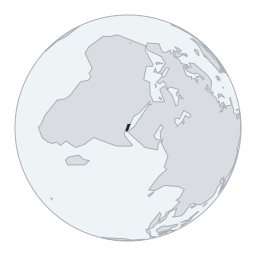 globe centered on Debubawi Keyih Bahri, rotated 66°
{"feature_id": "ERI-1565", "entity_name": "Debubawi Keyih Bahri", "entity_type": "Region", "adm_level": 1, "iso_a3": "ERI", "parent_name": "Eritrea", "parent_adm1": "", "projection": "orthographic", "projection_center": [41.929, 13.658], "detail": "medium", "context": "on_globe", "style": "filled", "palette": "slate", "viewbox_px": 256, "rotation_deg": 66, "n_neighbors": 0, "source": "natural_earth", "source_scale": "10m", "svg_char_len": 9393}
<svg xmlns="http://www.w3.org/2000/svg" viewBox="0 0 256 256"><g transform="rotate(66 128 128)"><circle cx="128" cy="128" r="113" fill="#eef3f6" stroke="#a8b0b8"/><path d="M103.6,18.0L103.4,18.1L101.6,18.5L103.6,18.0ZM95.8,20.1L97.2,19.7L93.7,20.8L91.4,21.5L91.8,21.3L95.8,20.1ZM81.8,25.3L81.1,25.6L77.3,27.5L73.9,29.3L72.1,30.3L74.6,29.1L67.4,33.4L61.2,38.1L59.5,39.4L57.5,40.3L59.1,38.9L66.3,33.7L73.9,29.2L81.8,25.3ZM52.0,44.9L51.7,45.1L53.0,44.0L51.3,45.6L50.7,46.1L52.0,44.9ZM15.4,130.8L16.6,137.2L18.7,144.3L19.6,151.0L19.7,157.0L24.3,172.0L24.5,172.5L21.4,164.5L19.0,156.3L17.1,147.9L15.9,139.4L15.4,130.8ZM108.3,17.1L107.5,17.3L106.8,17.4L105.5,17.6L108.3,17.1ZM105.9,17.6L106.8,17.4L104.9,17.9L103.9,18.0L105.9,17.6ZM98.7,19.7L99.7,19.3L101.4,18.9L98.7,19.7ZM107.2,17.4L107.9,17.3L108.7,17.1L108.9,17.2L107.2,17.4ZM115.5,16.1L115.2,16.1L116.8,15.9L118.0,15.8L117.9,15.8L114.3,16.2L115.8,16.1L115.7,16.1L112.9,16.4L115.2,16.1L115.5,16.1ZM111.5,16.8L106.9,17.6L104.7,18.3L103.1,18.7L106.9,17.5L111.5,16.8ZM112.5,16.5L111.5,16.8L110.0,16.9L109.8,16.9L112.5,16.5ZM119.0,15.8L120.2,15.6L120.9,15.6L119.0,15.8ZM111.1,17.0L112.2,16.8L111.1,17.0L111.1,17.0ZM116.9,16.1L117.2,16.0L118.1,15.9L116.9,16.1ZM114.2,16.6L112.7,16.8L114.2,16.6ZM115.7,16.3L116.7,16.3L113.3,16.6L115.7,16.3L115.7,16.3ZM117.7,16.0L118.2,16.0L117.4,16.1L117.7,16.0ZM115.8,17.0L111.5,17.4L111.1,17.2L115.3,16.7L115.8,17.0ZM175.6,25.9L176.9,26.5L180.5,28.4L181.1,28.7L185.0,31.7L192.9,37.8L193.3,37.1L196.0,38.8L205.3,46.8L214.3,59.6L218.1,63.4L220.1,66.2L220.5,68.3L217.7,64.2L215.9,63.1L214.3,60.7L214.1,63.2L211.7,59.9L212.7,63.8L215.1,66.2L216.2,64.9L218.1,70.2L222.4,74.4L225.7,80.4L227.8,92.4L225.8,97.0L226.3,99.1L224.0,97.3L223.2,102.0L229.2,112.5L229.7,115.9L227.4,123.5L227.0,121.0L221.1,116.3L221.6,124.6L226.1,130.3L227.7,137.9L224.9,136.2L223.1,129.6L221.0,127.7L220.4,120.5L216.5,110.6L213.6,113.4L212.8,109.2L207.0,101.6L202.2,105.4L195.3,118.1L196.1,129.0L193.0,134.2L184.7,119.6L181.6,109.4L178.3,110.8L170.1,102.9L155.1,103.6L153.2,101.0L150.3,102.4L144.6,100.0L141.9,95.8L138.3,96.2L145.6,107.4L149.5,107.0L153.1,102.4L154.4,106.5L160.0,109.9L152.8,120.3L131.0,130.0L129.4,121.9L115.4,99.8L116.1,97.4L116.0,97.1L115.9,96.6L114.1,100.5L111.9,96.3L118.8,111.6L119.7,118.2L130.7,130.5L129.5,131.8L133.2,134.3L145.6,130.9L145.5,133.6L139.4,146.3L122.7,163.4L125.2,174.6L124.5,183.9L114.8,189.9L116.4,196.9L111.5,199.2L111.7,203.0L108.2,206.9L102.0,210.3L90.7,209.6L89.5,206.2L82.9,199.0L73.6,181.4L75.8,173.7L74.5,167.4L66.4,152.4L68.2,144.6L66.2,141.0L61.9,141.3L59.7,137.0L57.2,136.5L42.1,136.8L37.9,130.6L34.1,113.2L37.1,107.3L38.5,99.9L60.2,78.5L63.9,80.6L80.0,79.4L81.8,80.5L79.0,86.0L90.2,94.0L95.0,89.6L106.2,94.1L114.3,94.3L118.9,83.9L105.7,83.3L104.4,78.2L115.8,74.3L127.4,75.3L127.3,73.4L120.7,68.9L124.3,65.6L118.6,67.2L120.3,69.1L116.7,70.3L115.0,68.6L116.3,67.4L113.0,66.4L107.6,72.9L108.7,75.6L99.6,76.4L100.6,81.2L97.8,83.2L95.1,76.0L96.0,73.5L90.1,65.9L88.4,68.5L93.7,76.0L91.7,75.3L89.3,79.5L89.5,75.8L84.1,67.4L76.4,68.4L65.2,78.0L61.0,78.3L58.1,75.8L63.7,65.5L72.4,65.9L74.5,62.7L74.0,57.9L76.7,58.6L77.6,56.8L81.0,56.9L87.1,53.2L90.7,53.1L94.3,48.1L96.7,47.6L93.9,50.6L93.9,52.8L103.2,53.3L105.3,52.3L106.9,49.2L109.3,50.0L109.6,46.9L115.5,46.1L108.6,44.7L110.3,41.6L114.5,39.4L113.8,38.3L107.0,41.8L105.3,43.5L105.9,45.3L100.4,50.5L97.0,51.2L98.0,45.2L93.3,45.8L96.2,41.4L113.0,33.7L119.4,32.7L127.3,37.1L125.2,38.8L121.2,37.9L123.7,41.4L124.1,39.8L126.0,40.6L128.1,38.3L129.6,38.7L129.1,35.8L131.1,36.2L131.4,38.0L136.3,35.3L140.9,35.7L141.3,34.9L140.4,33.9L146.8,35.3L146.8,34.7L144.7,34.0L143.3,32.3L143.4,30.2L145.6,30.7L145.9,31.6L149.8,34.5L150.2,37.1L151.1,37.1L151.3,35.1L146.6,31.5L146.0,30.0L148.6,31.5L147.6,30.8L148.0,30.3L150.5,30.5L147.8,28.8L149.3,23.7L154.2,23.9L156.4,25.5L159.7,23.7L165.1,24.7L163.1,24.0L163.4,23.0L161.8,22.6L160.8,22.2L160.9,20.6L162.6,21.0L160.4,20.1L159.4,19.8L158.0,19.4L157.1,19.2L166.5,22.2L175.6,25.9ZM51.8,90.0L50.9,92.1L51.8,90.0ZM139.3,82.2L146.6,82.5L144.2,76.1L146.9,75.8L145.1,73.9L144.0,75.7L139.8,70.4L143.3,68.6L142.8,66.0L140.4,65.8L134.6,70.0L140.7,77.3L138.6,80.0L139.3,82.2ZM53.1,43.9L52.7,44.3L52.4,44.5L53.1,43.9ZM53.8,44.2L51.0,46.8L52.7,45.1L51.6,45.8L54.0,43.3L58.7,39.9L56.2,41.8L53.8,44.2ZM58.4,39.5L56.4,41.1L58.4,39.5L58.4,39.5ZM79.0,48.1L79.8,49.2L77.8,51.1L73.2,52.1L76.0,49.3L79.0,48.1ZM81.3,50.5L83.6,44.9L86.6,44.3L84.5,45.5L86.3,45.7L83.4,47.8L83.9,53.2L82.3,55.2L74.6,55.4L78.0,54.1L77.1,52.9L81.3,50.5ZM84.4,34.4L85.4,32.7L90.5,33.5L88.9,35.0L84.2,35.9L83.3,34.6L84.4,34.4ZM89.6,22.3L89.6,22.2L90.5,21.9L91.1,21.7L89.6,22.3ZM99.0,19.6L90.1,22.6L89.8,22.6L85.0,24.9L82.2,25.7L85.4,24.2L79.7,26.7L81.4,25.7L77.6,27.5L85.0,23.9L86.3,23.4L85.9,23.6L88.4,22.8L89.9,22.2L95.2,20.4L99.3,19.1L102.5,18.3L103.7,18.2L103.2,18.3L101.3,18.7L101.9,18.7L98.8,19.4L99.0,19.6ZM115.3,21.0L113.3,20.6L114.2,22.2L111.0,22.3L111.3,22.5L108.7,23.1L105.9,24.3L104.7,24.2L104.2,24.8L102.4,25.3L101.3,26.1L98.6,26.3L97.0,27.3L96.6,26.9L94.6,28.6L94.9,27.5L92.6,28.3L93.5,29.0L81.7,30.0L76.5,31.9L72.0,34.2L73.1,32.4L78.1,29.2L84.6,26.0L89.4,24.7L89.0,24.3L91.2,23.7L90.6,24.3L92.9,23.0L94.5,22.6L100.3,20.8L102.6,19.5L104.7,19.0L104.7,19.3L106.9,18.6L108.2,18.9L109.8,18.6L112.7,18.8L111.7,19.9L113.6,19.5L115.9,19.9L115.3,21.0ZM116.5,17.1L115.9,18.0L114.0,18.6L109.7,18.1L108.1,18.3L105.3,18.3L108.2,17.5L108.8,17.5L110.0,17.4L108.6,17.7L110.6,17.4L111.4,17.5L113.1,17.3L112.5,17.6L116.5,17.1ZM84.6,78.7L86.1,79.0L88.6,79.0L87.2,81.8L84.6,78.7ZM80.7,73.0L82.2,72.7L81.4,76.3L79.8,76.1L80.7,73.0ZM83.7,69.7L82.3,72.4L82.1,70.8L83.7,69.7ZM95.4,50.3L97.0,50.0L96.9,50.8L95.7,51.9L95.4,50.3ZM117.2,26.9L116.4,26.3L117.0,26.1L117.4,24.4L119.8,24.4L120.5,25.3L117.2,26.9ZM116.3,85.6L113.6,87.5L112.5,86.5L113.7,86.0L116.3,85.6ZM99.4,84.6L102.9,86.2L99.0,85.4L99.4,84.6ZM119.9,26.6L119.7,25.9L121.0,26.3L119.9,26.6ZM121.5,24.3L123.1,24.6L120.1,24.2L121.5,24.3ZM161.8,225.8L162.6,226.6L160.8,226.9L161.8,225.8ZM144.2,182.1L137.2,198.2L131.8,198.3L130.4,193.7L132.7,184.1L139.0,181.2L141.9,176.6L144.2,182.1ZM236.2,152.1L236.8,152.0L236.7,152.5L236.2,152.1ZM235.7,150.8L236.6,150.4L235.4,152.1L235.7,150.8ZM236.9,150.2L237.7,148.6L238.1,147.5L237.9,148.7L236.9,150.2ZM235.0,151.3L230.2,153.4L228.0,152.9L228.8,150.8L232.4,149.9L235.0,151.3ZM228.6,150.8L224.9,146.8L218.0,133.3L220.5,133.0L227.4,140.3L227.0,142.0L229.2,145.4L228.6,150.8ZM236.6,137.9L236.1,142.9L233.7,143.7L232.5,143.4L231.7,137.6L232.2,134.2L233.3,133.9L236.1,121.5L237.4,123.5L236.8,128.5L237.8,132.2L236.6,137.9ZM196.7,129.9L199.5,136.0L197.6,137.3L196.7,129.9ZM236.2,113.5L235.8,118.8L235.8,112.0L236.2,113.5ZM235.6,107.4L236.2,109.7L235.3,107.7L235.6,107.4ZM227.2,102.2L226.1,103.2L225.6,101.6L226.7,99.4L227.2,102.2ZM228.2,85.6L230.0,90.2L230.5,91.8L229.1,89.3L228.2,85.6ZM139.9,27.4L136.7,29.5L136.0,31.5L138.0,33.1L133.8,32.0L134.9,28.9L139.9,27.4ZM147.9,24.0L146.1,22.9L147.7,23.0L148.4,23.3L147.9,24.0ZM146.2,23.6L142.3,23.0L141.9,22.2L145.0,22.8L146.2,23.6ZM131.0,24.2L129.9,24.8L128.9,24.4L131.0,24.2ZM220.0,192.9L217.5,196.1L217.1,195.9L219.6,192.6L223.9,183.8L224.2,183.7L226.9,177.5L232.1,169.7L236.5,157.7L234.4,165.0L231.6,172.3L228.2,179.5L224.4,186.3L220.0,192.9ZM237.6,151.3L238.8,146.8L239.1,146.1L237.6,151.3ZM240.6,130.8L240.6,130.4L240.6,129.8L240.6,130.8ZM240.1,136.3L240.0,137.6L239.9,136.8L240.1,136.3ZM240.3,135.2L240.4,135.9L240.2,136.3L240.3,135.2ZM238.3,133.0L238.5,135.8L239.4,133.1L238.7,136.4L239.0,141.0L238.6,143.0L238.5,138.1L237.9,143.8L237.5,144.0L237.5,139.4L238.1,133.3L238.5,130.6L239.8,128.4L238.3,133.0ZM240.4,131.5L240.3,128.2L240.3,125.7L240.4,127.3L240.4,131.5ZM239.4,120.4L238.4,116.9L238.1,118.9L238.3,112.4L239.3,116.8L239.4,120.4ZM237.8,112.1L237.5,113.9L237.4,110.2L237.8,112.1ZM237.1,112.7L236.5,110.0L237.0,110.0L237.1,112.7ZM238.0,112.0L237.2,107.3L237.9,109.8L238.0,112.0ZM234.9,104.1L236.9,107.8L235.2,106.8L232.8,98.2L233.3,97.6L234.9,104.1ZM222.8,68.4L221.3,66.3L221.1,65.5L222.2,67.2L222.8,68.4ZM219.1,61.9L220.6,64.6L221.5,67.3L222.3,68.1L224.5,72.1L222.1,68.9L219.8,64.3L219.5,63.0L217.3,59.9L215.7,57.6L212.7,54.0L211.4,52.4L214.0,55.3L219.1,61.9ZM208.3,49.0L210.1,50.9L209.6,50.5L211.4,52.6L205.7,46.6L206.3,47.0L207.0,47.7L208.3,49.0ZM204.5,45.4L203.9,45.0L194.3,37.5L192.5,36.2L200.1,41.6L202.3,43.5L204.5,45.4ZM159.9,22.1L158.8,21.6L159.9,21.7L159.9,22.1ZM156.3,20.3L155.9,20.5L155.4,20.0L156.3,20.3ZM155.2,21.2L155.3,20.5L156.5,21.6L155.2,21.2Z" fill="#d9dde1" stroke="#a8b0b8" stroke-width="1"/><path d="M130.3,129.8L129.9,130.0L129.7,130.2L129.7,130.4L129.5,130.5L129.4,130.5L129.1,130.3L129.0,130.2L128.9,130.3L128.8,130.2L128.6,130.0L128.5,129.8L128.4,129.7L128.2,129.6L127.9,129.4L127.8,129.1L127.7,129.0L127.6,128.8L127.2,128.5L126.6,128.1L126.3,127.6L125.9,127.1L125.7,127.0L125.4,126.9L125.2,126.8L125.0,126.7L125.2,126.4L125.3,126.2L125.4,125.9L125.5,125.9L125.5,125.7L125.4,125.5L125.5,125.4L125.5,125.5L125.7,125.8L125.8,125.9L125.8,126.0L125.8,125.9L126.0,125.9L126.1,126.0L126.3,126.0L126.6,126.1L126.8,126.3L126.9,126.5L127.0,126.6L127.2,126.9L127.3,127.1L127.5,127.3L127.7,127.5L127.8,127.6L128.0,127.6L128.1,127.8L128.3,127.9L128.3,128.0L128.5,128.1L128.4,128.0L128.5,128.0L128.7,128.3L128.8,128.4L128.8,128.5L128.9,128.9L129.0,128.9L129.2,129.0L129.3,129.0L129.5,129.2L129.6,129.6L129.8,129.6L130.0,129.6L130.2,129.8L130.3,129.8Z" fill="#64748b" stroke="#1e293b" stroke-width="1.5"/></g></svg>